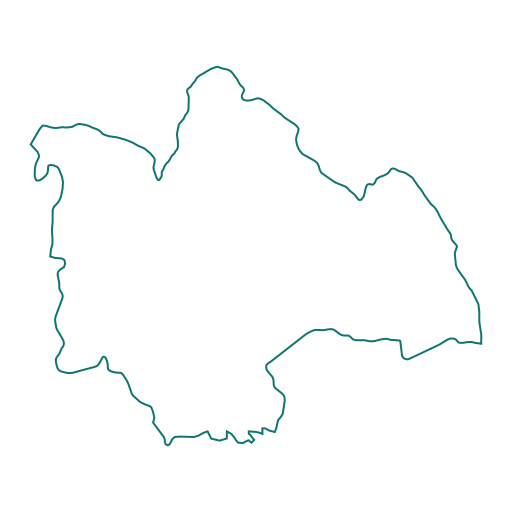 the Province of Kalasin
{"feature_id": "THA-439", "entity_name": "Kalasin", "entity_type": "Province", "adm_level": 1, "iso_a3": "THA", "parent_name": "Thailand", "parent_adm1": "", "projection": "albers", "projection_center": [103.592, 16.645], "detail": "fine", "context": "isolated", "style": "outline", "palette": "teal", "viewbox_px": 512, "rotation_deg": 0, "n_neighbors": 0, "source": "natural_earth", "source_scale": "10m", "svg_char_len": 5550}
<svg xmlns="http://www.w3.org/2000/svg" viewBox="0 0 512 512"><path d="M37.8,180.6L36.4,180.4L35.4,178.6L34.7,175.7L34.9,168.9L35.4,165.5L36.2,163.1L38.6,157.9L39.0,156.7L39.1,155.8L37.7,152.1L30.7,144.4L39.7,129.0L42.4,125.7L43.3,125.6L44.6,125.7L46.6,126.0L50.9,127.4L54.3,127.9L56.4,128.0L61.3,127.3L63.3,127.2L65.3,127.5L67.9,127.4L72.1,126.9L75.6,125.0L77.8,124.2L80.1,124.0L85.5,124.9L89.3,126.1L92.1,127.5L96.7,129.2L98.5,130.1L99.9,131.1L101.8,132.8L102.6,133.9L105.0,135.0L108.6,136.1L117.2,137.4L125.2,139.6L132.4,142.5L138.6,146.0L142.6,147.6L144.7,148.7L150.3,153.3L153.7,157.4L154.4,158.6L154.7,160.1L154.5,163.0L153.6,166.5L153.5,168.1L153.8,169.7L156.2,176.8L156.9,178.4L158.1,180.0L159.0,180.0L159.7,179.4L161.0,177.4L161.6,176.3L161.8,175.1L161.7,172.5L162.1,171.4L163.2,169.6L164.8,165.7L165.4,164.7L166.1,163.8L168.6,161.4L169.9,159.3L171.7,156.1L172.4,155.2L174.2,153.6L175.6,151.2L176.7,149.9L177.4,148.6L177.8,147.3L178.0,145.8L177.8,141.1L177.0,135.3L177.2,132.4L178.6,125.5L179.1,124.3L179.8,123.3L183.6,118.9L185.2,115.3L187.3,112.5L187.9,111.4L188.3,110.2L188.5,108.6L188.8,97.6L188.6,96.2L187.3,92.5L187.1,91.2L187.3,89.9L187.9,88.9L188.8,88.1L189.8,87.4L190.7,86.7L191.4,85.7L192.0,84.6L195.0,81.0L196.3,78.9L196.9,77.7L199.1,75.9L211.0,68.9L215.0,67.4L217.7,66.7L221.2,68.2L227.9,69.7L230.1,70.9L231.1,71.6L231.9,72.4L237.0,79.1L239.3,83.5L240.7,85.4L243.2,87.8L244.2,90.2L243.1,92.6L242.4,94.0L241.9,95.5L241.8,97.0L242.2,98.3L243.1,99.4L244.6,100.1L246.6,100.6L250.0,100.4L253.8,99.5L255.1,98.9L258.2,98.3L260.8,99.0L263.9,100.6L269.5,104.9L272.9,108.1L273.1,108.3L273.3,108.6L281.1,114.3L284.5,117.6L294.9,124.4L297.1,126.5L298.4,128.4L298.5,130.0L298.2,131.5L296.7,135.7L296.1,138.6L296.2,140.3L296.7,143.5L297.0,144.9L298.1,147.7L299.4,150.2L301.9,153.3L303.0,154.3L313.4,160.1L315.7,161.6L317.2,163.0L318.5,165.5L319.8,169.8L320.4,171.1L321.1,172.3L321.9,173.3L334.4,181.9L336.0,182.8L345.2,186.5L346.3,187.2L347.4,188.1L350.2,191.1L353.4,193.6L355.3,195.4L356.8,197.6L358.7,199.7L359.9,200.0L361.4,199.6L363.5,196.9L364.2,194.8L365.7,188.0L366.8,185.2L367.9,184.4L369.4,184.0L371.7,184.6L373.3,184.4L374.6,183.1L376.6,178.9L378.1,177.9L380.2,176.8L384.1,175.4L386.3,174.3L387.8,173.3L388.8,172.3L391.2,169.0L392.5,168.5L394.8,168.8L398.8,171.0L403.7,172.3L406.3,173.4L412.4,177.7L418.1,186.1L420.7,189.2L422.5,191.8L424.3,195.0L430.7,203.8L432.6,205.6L433.6,206.4L434.5,207.3L436.0,209.3L437.7,212.1L440.7,218.2L447.9,230.2L449.8,232.7L450.9,234.9L451.2,237.8L452.1,240.2L454.7,243.3L456.2,244.9L457.0,246.5L455.0,252.3L454.8,253.9L455.9,264.8L456.5,267.0L457.6,269.3L465.3,280.1L468.3,286.4L469.0,287.6L471.7,290.6L478.4,304.2L479.3,311.8L479.3,321.9L481.3,334.9L481.2,343.7L474.8,342.8L471.8,342.0L467.5,342.1L462.7,342.9L460.1,342.8L458.3,342.4L456.4,340.1L455.5,339.3L454.3,338.8L452.7,338.5L451.1,338.5L449.4,338.8L447.5,339.6L439.2,344.7L409.2,358.9L407.5,359.4L404.3,358.6L403.0,357.4L402.1,355.9L400.3,341.4L400.1,340.9L399.6,340.5L390.3,339.8L387.3,338.9L384.8,338.9L381.5,339.3L374.9,341.0L371.7,341.3L369.2,341.2L366.2,340.5L363.6,340.2L357.3,340.3L355.6,340.1L354.1,339.7L352.8,339.2L351.8,338.3L350.9,337.3L349.9,336.4L348.7,335.7L347.1,335.5L343.8,335.5L342.2,335.2L340.8,334.7L339.6,333.9L334.1,329.9L332.7,329.4L331.2,329.1L327.9,329.4L324.7,330.0L323.1,330.2L316.2,329.9L313.9,330.2L311.1,331.4L306.3,333.9L270.7,361.7L268.5,363.1L267.3,364.0L266.3,365.4L266.2,367.8L266.5,369.4L267.3,370.8L269.8,373.9L270.7,374.8L272.4,376.9L272.9,378.2L273.4,379.7L273.6,381.3L273.6,382.9L273.7,384.4L274.0,385.9L274.6,387.2L275.4,388.2L281.8,393.3L283.4,395.0L283.8,395.6L284.2,396.6L284.6,397.8L284.7,401.1L282.9,413.0L282.4,414.4L281.7,415.6L281.0,416.7L278.4,419.8L278.2,420.1L277.7,421.6L276.4,427.7L274.8,432.0L269.3,430.6L265.1,428.3L262.4,428.3L262.4,433.9L259.1,432.6L255.8,431.9L248.8,431.4L248.8,433.9L250.5,435.1L252.3,437.8L254.2,439.9L251.5,442.7L248.5,440.3L246.1,441.3L243.0,443.0L238.1,442.7L236.5,440.9L234.4,437.6L231.4,433.9L226.9,431.4L226.8,438.5L219.6,440.6L211.2,438.6L207.6,431.4L203.8,432.7L197.9,435.9L194.6,436.8L194.0,437.0L180.1,436.6L174.9,437.0L172.6,438.7L169.8,444.1L167.9,445.3L165.7,444.3L164.9,442.0L164.7,439.3L163.8,437.0L153.1,422.6L154.3,417.6L153.3,412.9L152.6,410.6L151.3,407.4L149.7,406.1L144.6,404.2L140.1,402.0L132.9,395.5L131.7,393.6L128.5,384.3L127.3,381.5L124.3,376.6L122.7,374.4L121.3,373.1L120.2,372.8L116.6,372.6L114.3,372.2L110.7,371.2L108.9,370.1L108.0,368.7L107.7,367.1L107.8,365.5L107.5,363.2L107.0,360.9L105.4,357.5L104.0,356.7L102.9,357.0L102.1,358.1L100.0,362.1L98.6,364.4L97.7,365.4L96.5,366.1L95.3,366.7L71.9,373.0L69.5,373.1L66.6,372.8L61.2,371.5L59.1,370.3L57.8,368.8L56.7,365.6L55.8,361.3L55.9,359.7L56.2,358.3L56.8,357.1L59.4,353.7L61.6,348.4L63.3,346.1L63.7,344.6L63.9,342.9L63.3,340.6L61.9,337.8L57.4,330.3L56.4,328.1L55.2,321.7L55.1,320.0L55.2,318.4L55.7,316.3L62.3,298.5L62.7,297.0L62.6,295.1L61.7,293.1L59.7,289.7L59.3,288.1L59.3,284.7L59.0,281.6L57.7,275.4L57.7,273.9L57.9,272.4L58.6,271.3L59.4,270.3L60.4,269.5L63.9,267.1L64.6,265.6L65.0,263.8L64.6,260.5L63.3,259.2L61.7,258.5L54.5,257.8L50.2,256.4L51.0,249.4L51.4,247.8L52.1,245.9L52.4,243.1L52.5,239.1L51.9,230.5L52.4,223.9L52.6,222.4L52.7,210.3L53.4,207.9L54.3,206.3L56.3,204.4L58.1,202.4L59.5,200.0L60.8,197.2L62.5,189.3L63.0,182.2L62.0,176.8L59.0,169.2L57.4,167.0L53.9,165.5L51.5,165.0L49.5,165.2L48.4,165.8L48.1,167.1L48.0,170.3L47.7,171.8L47.3,173.3L46.6,174.5L45.8,175.6L43.8,177.4L41.7,179.1L40.6,179.8L39.2,180.4L37.8,180.6Z" fill="none" stroke="#0f766e" stroke-width="2"/></svg>